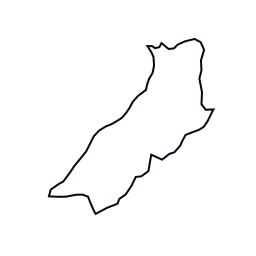 outline of Gerani, Cyprus, rotated 253°
{"feature_id": "46923920B71486587223903", "entity_name": "Gerani", "entity_type": "district", "adm_level": 2, "iso_a3": "CYP", "parent_name": "Cyprus", "parent_adm1": "", "projection": "orthographic", "projection_center": [33.922, 35.367], "detail": "fine", "context": "isolated", "style": "outline", "palette": "ink", "viewbox_px": 256, "rotation_deg": 253, "n_neighbors": 0, "source": "geoboundaries", "source_scale": "gbopen_adm2", "svg_char_len": 1025}
<svg xmlns="http://www.w3.org/2000/svg" viewBox="0 0 256 256"><g transform="rotate(253 128 128)"><path d="M55.3,71.9L57.8,84.5L58.2,90.0L58.7,95.9L62.7,98.9L65.1,106.3L71.5,114.2L78.9,121.1L77.9,126.6L80.9,135.0L90.7,139.9L95.7,142.4L87.8,151.3L91.2,160.2L91.2,165.2L95.7,172.6L100.1,176.5L104.5,181.0L105.0,186.4L105.5,195.4L107.0,200.8L110.9,205.7L120.8,215.1L122.7,207.7L129.2,205.2L140.5,209.2L154.3,210.7L161.7,215.1L171.5,217.6L180.4,223.6L188.8,222.6L193.7,217.6L194.2,207.7L193.2,199.8L190.7,195.3L191.7,189.9L199.4,184.9L196.2,181.6L196.4,177.2L199.2,175.1L200.7,170.5L198.6,171.1L193.2,172.6L188.3,173.1L179.9,171.1L173.5,167.6L169.0,162.7L165.1,159.7L159.2,156.3L155.7,146.9L151.8,140.4L146.9,135.5L142.9,130.5L139.5,125.1L138.0,119.7L136.5,113.7L136.0,107.3L134.1,99.9L130.1,92.9L117.8,81.1L110.4,70.2L107.5,65.7L102.6,59.8L95.7,50.4L94.7,45.5L91.7,36.1L85.8,32.4L83.9,37.5L81.9,43.5L80.4,48.9L79.4,58.8L77.5,65.2L74.0,69.7L67.1,70.2L58.7,71.2L55.3,71.9Z" fill="none" stroke="#020617" stroke-width="2"/></g></svg>